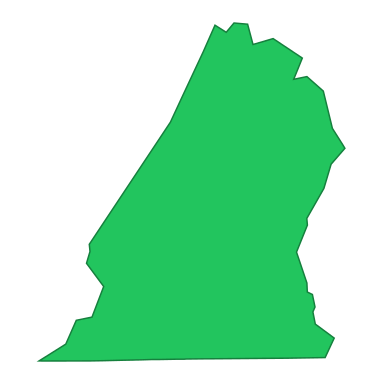 Hamilton, Tennessee, United States of America (Natural Earth projection)
{"feature_id": "52423323B89334194896332", "entity_name": "Hamilton", "entity_type": "district", "adm_level": 2, "iso_a3": "USA", "parent_name": "United States of America", "parent_adm1": "Tennessee", "projection": "natural_earth1", "projection_center": [-85.164, 35.221], "detail": "fine", "context": "isolated", "style": "filled", "palette": "green", "viewbox_px": 384, "rotation_deg": 0, "n_neighbors": 0, "source": "geoboundaries", "source_scale": "gbopen_adm2", "svg_char_len": 831}
<svg xmlns="http://www.w3.org/2000/svg" viewBox="0 0 384 384"><path d="M325.1,357.6L334.2,338.1L315.3,324.1L312.9,311.9L315.0,307.0L312.4,294.5L307.3,292.0L306.9,283.0L296.5,252.1L307.4,225.1L306.8,218.4L323.9,188.4L331.1,164.2L344.9,148.3L342.6,144.5L332.4,128.4L323.3,91.1L306.9,76.6L293.7,79.3L302.3,58.1L273.1,38.6L253.0,44.5L247.6,24.2L234.0,23.0L226.2,32.3L215.0,25.2L203.2,51.9L182.0,97.2L170.4,122.2L89.3,244.3L90.0,251.5L86.5,263.3L103.7,286.5L92.0,317.1L76.3,320.3L65.8,344.1L39.1,360.9L43.4,361.0L90.4,360.9L102.5,360.7L123.5,360.2L134.5,360.0L136.1,359.9L138.4,359.9L142.4,359.8L152.2,359.5L153.2,359.5L159.4,359.5L165.2,359.4L176.3,359.2L179.3,359.2L184.2,359.2L185.0,359.1L186.5,359.0L187.3,359.0L204.9,358.8L208.0,358.8L285.8,358.2L323.4,357.6L325.1,357.6Z" fill="#22c55e" stroke="#15803d" stroke-width="1.5"/></svg>